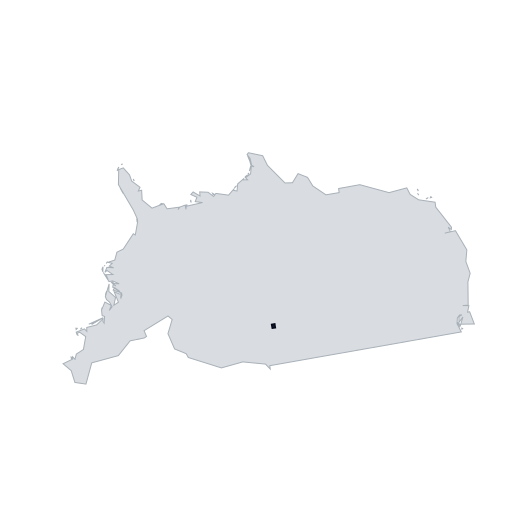 Deuel, South Dakota, United States of America shown in context, rotated 170°
{"feature_id": "52423323B13403863294049", "entity_name": "Deuel", "entity_type": "district", "adm_level": 2, "iso_a3": "USA", "parent_name": "United States of America", "parent_adm1": "South Dakota", "projection": "natural_earth1", "projection_center": [-96.521, 44.761], "detail": "fine", "context": "in_parent", "style": "filled", "palette": "ink", "viewbox_px": 512, "rotation_deg": 170, "n_neighbors": 0, "source": "geoboundaries", "source_scale": "gbopen_adm2", "svg_char_len": 3975}
<svg xmlns="http://www.w3.org/2000/svg" viewBox="0 0 512 512"><g transform="rotate(170 256 256)"><path d="M408.9,181.8L436.3,179.3L445.7,159.4L456.3,162.9L457.9,175.2L464.7,183.4L454.5,186.3L454.1,188.6L452.2,185.7L450.0,190.6L442.2,193.9L437.7,206.2L442.8,211.5L445.8,210.9L444.8,208.5L445.9,209.6L446.3,212.2L437.6,214.0L435.7,211.1L435.1,215.0L424.9,215.8L417.5,220.8L418.1,218.0L417.2,216.2L415.6,222.8L417.9,224.0L417.5,229.6L412.8,236.9L407.1,232.4L410.0,227.8L406.5,231.0L408.3,236.1L410.8,239.0L411.4,242.2L405.5,254.0L407.1,246.6L401.5,239.6L404.5,232.2L399.5,234.4L401.9,245.4L396.8,242.1L395.1,242.4L396.5,239.0L396.3,238.0L394.8,240.6L394.8,242.9L402.6,247.2L401.0,249.1L397.4,245.3L396.1,244.6L400.6,249.2L402.5,250.1L401.6,252.9L399.2,250.8L403.0,255.0L402.1,255.5L400.3,253.4L395.6,252.4L401.5,256.4L405.2,256.3L409.3,266.4L405.7,258.6L407.0,263.7L400.1,262.6L405.3,267.6L407.6,266.2L404.8,270.7L398.2,269.1L402.3,271.5L398.9,273.8L403.1,275.5L395.8,276.5L392.3,283.9L385.5,285.9L373.0,299.2L371.2,297.7L366.7,310.0L366.4,313.1L368.8,322.4L379.1,350.2L376.2,364.9L371.4,365.8L366.5,357.9L365.4,351.4L358.3,343.8L360.6,340.4L357.2,340.6L358.4,330.9L350.1,321.2L337.7,323.5L335.4,317.9L323.2,317.4L324.7,315.2L322.6,317.4L317.0,318.4L316.9,314.1L316.0,317.1L299.3,317.9L306.4,320.1L304.0,324.1L309.5,327.9L306.8,330.0L300.7,324.8L300.3,328.9L292.1,327.1L287.4,322.0L284.6,324.6L272.5,320.7L265.5,326.3L267.2,324.7L263.4,323.3L261.5,330.2L254.2,334.6L255.9,333.3L251.1,332.5L252.7,334.9L247.1,337.8L244.9,345.4L242.4,344.2L244.5,346.2L244.9,353.2L247.2,357.5L245.5,359.0L232.0,353.6L229.0,343.3L214.8,322.9L207.4,321.8L200.3,329.8L191.6,324.5L187.9,315.1L176.5,304.1L163.1,304.0L162.9,308.1L141.4,308.2L114.0,295.3L95.7,296.9L93.5,289.9L86.1,283.1L70.3,277.9L70.5,272.9L58.5,250.4L59.1,248.1L61.7,251.0L60.3,246.1L66.2,245.7L55.2,246.3L47.3,225.4L50.3,214.2L48.1,201.8L51.8,193.7L55.6,170.7L61.0,171.3L55.0,170.1L57.4,163.9L55.3,164.0L52.8,151.1L66.2,153.3L62.8,160.1L67.7,155.3L66.7,161.0L63.4,162.3L65.7,162.6L68.4,160.2L69.8,154.5L67.0,145.6L261.5,145.6L261.6,142.2L265.4,147.9L287.4,154.0L309.5,151.8L340.3,167.8L341.7,171.9L352.3,178.6L356.2,194.8L349.6,208.0L353.1,212.2L379.2,201.9L377.8,195.8L380.1,194.7L394.7,194.3L408.9,181.8ZM428.1,218.6L432.5,217.9L417.2,221.8L429.7,217.1L428.1,218.6ZM67.5,151.1L68.9,154.7L68.8,155.3L66.5,152.5L67.5,151.1ZM246.9,356.3L245.2,350.1L245.3,346.6L245.6,350.3L246.9,356.3ZM455.6,186.7L455.7,188.6L455.0,188.2L455.6,186.7ZM287.5,323.9L287.9,325.3L286.5,324.1L287.5,323.9ZM76.2,283.6L78.1,282.8L78.2,283.0L76.2,283.6ZM74.2,283.1L73.5,284.1L72.9,283.2L74.2,283.1ZM441.6,214.3L440.5,215.4L440.2,215.2L441.6,214.3ZM246.4,343.4L245.3,346.2L247.8,340.8L246.4,343.4ZM376.1,341.1L378.0,346.5L375.8,340.5L376.1,341.1ZM85.4,288.2L86.1,289.7L85.3,288.3L85.4,288.2ZM377.1,365.7L375.6,367.5L378.0,363.8L377.1,365.7ZM410.0,269.8L408.5,272.0L409.6,266.9L410.0,269.8ZM65.9,148.2L65.9,149.2L65.1,148.7L65.9,148.2ZM252.8,336.0L250.2,337.3L252.9,335.6L252.8,336.0ZM445.9,214.8L445.9,216.2L444.6,215.8L445.9,214.8ZM85.1,292.3L85.6,294.1L84.8,292.5L85.1,292.3ZM249.5,338.3L248.5,339.0L249.4,337.9L249.5,338.3ZM410.8,244.5L409.2,247.4L411.0,243.4L410.8,244.5ZM264.7,327.5L262.9,328.6L265.4,326.7L264.7,327.5ZM367.1,311.5L366.9,313.7L366.6,312.2L367.1,311.5ZM403.7,275.8L403.1,276.3L404.8,274.6L403.7,275.8ZM342.2,323.0L340.1,324.2L339.3,323.9L342.2,323.0ZM316.2,318.0L315.9,318.4L314.7,318.3L316.2,318.0ZM363.2,351.6L363.5,353.2L362.8,351.2L363.2,351.6ZM310.9,321.1L310.6,322.6L310.5,320.0L310.9,321.1ZM372.5,369.6L371.3,369.8L372.9,369.3L372.5,369.6ZM417.2,230.6L416.4,232.0L417.3,230.0L417.2,230.6ZM407.2,272.4L406.5,272.9L406.3,272.9L407.2,272.4Z" fill="#d9dde1" stroke="#a8b0b8" stroke-width="1"/><path d="M249.4,183.6L249.3,185.9L252.5,185.9L252.5,185.2L252.5,184.5L252.5,184.4L252.5,184.0L252.5,183.8L252.5,183.7L252.5,182.8L252.5,182.6L252.5,182.1L249.4,182.0L249.4,183.6Z" fill="#0f172a" stroke="#020617" stroke-width="1.5"/></g></svg>